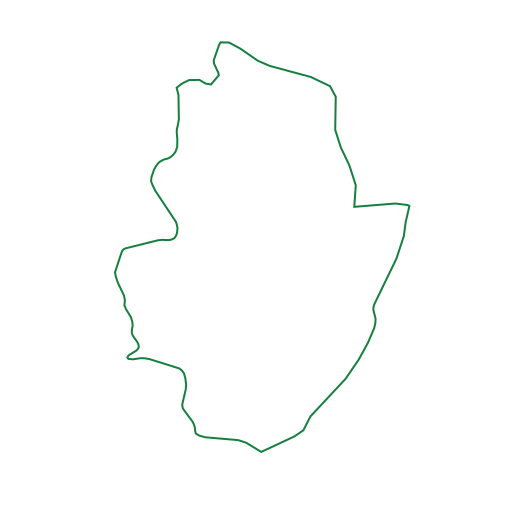 SVG path tracing the border of Morazán, rotated 22°
{"feature_id": "SLV-1351", "entity_name": "Morazán", "entity_type": "Department", "adm_level": 1, "iso_a3": "SLV", "parent_name": "El Salvador", "parent_adm1": "", "projection": "mercator", "projection_center": [-88.158, 13.767], "detail": "fine", "context": "isolated", "style": "outline", "palette": "green", "viewbox_px": 512, "rotation_deg": 22, "n_neighbors": 0, "source": "natural_earth", "source_scale": "10m", "svg_char_len": 1784}
<svg xmlns="http://www.w3.org/2000/svg" viewBox="0 0 512 512"><g transform="rotate(22 256 256)"><path d="M151.0,68.2L163.2,69.5L165.1,69.9L184.7,74.3L197.6,74.6L239.7,69.5L261.0,70.8L270.3,78.5L282.2,109.4L293.9,123.5L308.8,137.2L322.0,153.0L328.7,173.6L365.6,155.1L377.7,151.9L379.5,152.2L382.1,168.6L385.6,182.1L387.2,205.7L383.8,256.2L384.0,258.9L384.6,261.2L385.6,262.9L389.2,267.7L390.4,269.5L391.1,271.5L391.8,273.6L392.6,278.6L392.3,294.5L390.0,313.8L385.1,336.2L366.6,384.3L365.2,399.9L359.2,408.9L334.2,435.7L316.8,432.8L308.4,433.4L276.8,443.1L270.7,443.8L266.8,443.2L265.7,441.8L264.3,439.6L263.6,437.9L261.7,435.6L259.0,433.2L247.0,425.9L245.3,424.7L244.1,423.0L243.2,421.1L240.9,406.3L239.6,401.9L236.6,396.3L233.2,391.8L230.2,389.9L227.1,389.0L195.9,391.5L191.2,392.5L187.2,394.0L180.6,397.9L176.2,399.2L174.8,398.3L174.8,396.8L175.7,395.0L180.5,388.5L181.3,386.5L181.5,384.4L180.2,382.2L178.4,380.4L172.6,376.7L170.8,375.2L169.6,373.6L168.8,371.7L168.2,369.4L167.8,366.9L166.1,363.6L163.1,359.7L155.4,354.0L152.5,351.1L151.0,346.1L148.3,342.0L138.1,332.7L133.9,327.8L131.4,324.0L130.0,303.1L130.1,300.9L131.0,299.0L132.4,297.6L159.0,278.3L162.6,276.3L168.8,274.1L170.7,273.0L172.3,271.6L173.6,270.1L174.2,267.6L174.2,264.5L172.8,259.6L170.6,256.3L168.8,254.2L138.3,233.3L133.7,229.2L130.8,226.1L130.1,224.0L129.5,221.7L129.1,213.7L129.9,209.0L130.3,207.4L130.8,206.0L131.7,204.4L134.2,201.3L135.7,200.1L137.4,198.9L138.8,197.5L140.0,195.8L141.0,194.0L141.7,191.9L142.3,189.5L142.1,184.5L139.5,177.6L136.3,171.3L135.0,167.7L134.7,164.9L133.3,158.2L123.8,135.8L119.4,129.7L122.7,123.9L128.0,118.0L137.6,113.9L144.8,115.0L150.0,113.8L153.8,102.4L152.4,100.2L145.2,93.5L143.5,90.5L142.7,74.0L143.1,71.2L151.0,68.2Z" fill="none" stroke="#15803d" stroke-width="2"/></g></svg>